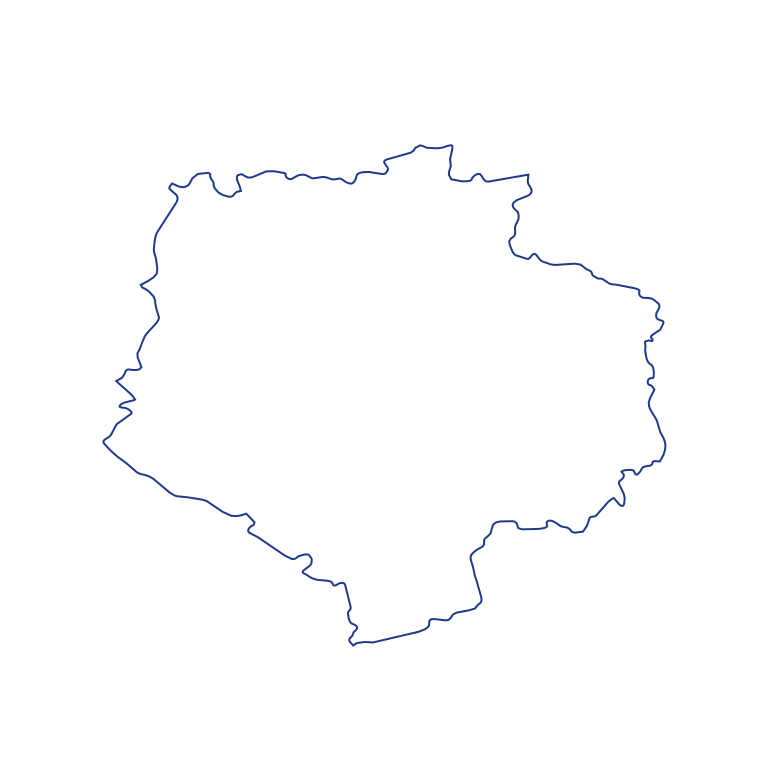 SVG path tracing the border of Tambov, rotated 166°
{"feature_id": "RUS-2375", "entity_name": "Tambov", "entity_type": "Region", "adm_level": 1, "iso_a3": "RUS", "parent_name": "Russia", "parent_adm1": "", "projection": "natural_earth1", "projection_center": [41.398, 52.709], "detail": "fine", "context": "isolated", "style": "outline", "palette": "blue", "viewbox_px": 768, "rotation_deg": 166, "n_neighbors": 0, "source": "natural_earth", "source_scale": "10m", "svg_char_len": 6159}
<svg xmlns="http://www.w3.org/2000/svg" viewBox="0 0 768 768"><g transform="rotate(166 384 384)"><path d="M124.0,325.1L125.5,324.9L126.7,324.1L127.7,322.1L127.8,320.6L127.4,319.5L125.4,318.2L124.4,316.9L123.0,313.1L129.3,305.9L131.5,302.3L132.1,298.7L132.1,297.1L131.7,294.5L128.4,283.9L128.0,281.0L127.7,271.9L127.4,269.7L126.0,264.6L125.5,260.9L125.7,256.9L126.4,254.3L127.4,251.9L129.9,247.7L135.1,242.1L140.3,243.8L142.1,243.4L143.3,241.3L145.1,240.4L150.5,240.8L152.4,240.6L153.8,240.0L156.6,237.1L158.0,236.1L160.3,234.9L161.5,235.2L162.2,236.2L162.4,239.0L163.7,240.3L166.0,241.2L171.2,242.1L173.6,241.9L174.8,241.4L173.4,238.6L173.3,237.5L173.7,236.4L175.3,234.5L179.0,232.7L179.7,232.0L180.1,230.2L177.9,219.2L178.1,215.0L179.9,209.8L180.9,208.4L182.0,208.0L183.1,208.3L183.9,209.1L184.7,210.0L188.6,217.7L190.8,217.3L194.5,215.7L210.3,204.8L211.6,204.6L215.2,204.9L216.7,204.5L221.3,197.4L226.6,192.6L235.5,193.7L237.9,195.7L238.3,197.1L239.2,198.7L240.9,200.3L246.8,203.1L250.0,206.9L253.0,209.8L255.1,211.0L257.1,211.5L258.6,211.2L259.5,210.5L259.9,209.3L260.0,206.7L260.3,206.3L261.5,205.7L262.8,205.5L268.1,205.8L284.5,209.4L286.5,210.3L288.6,211.8L288.9,216.0L289.3,217.3L290.5,218.8L292.2,219.7L304.4,222.5L308.1,222.6L309.7,222.3L311.0,221.7L312.8,220.3L316.9,213.1L320.4,211.0L323.0,209.9L324.2,208.9L324.7,207.8L325.9,204.0L326.9,203.0L328.2,202.2L332.4,201.2L336.0,199.9L339.8,197.8L341.3,196.2L342.1,194.5L342.3,191.6L341.9,186.0L342.2,175.7L341.8,171.5L341.2,153.5L341.6,150.8L342.4,149.2L343.5,148.2L346.3,147.0L350.1,144.1L356.7,143.9L368.9,144.6L373.0,143.6L375.4,141.2L377.9,139.7L379.6,139.5L381.2,139.7L391.5,143.6L394.6,144.3L396.3,144.0L397.3,143.1L398.7,139.0L400.1,137.6L403.5,136.1L410.3,135.2L457.2,135.9L464.9,138.3L471.7,139.1L473.9,139.0L477.1,137.7L479.6,142.4L479.7,143.7L479.1,145.2L475.7,147.4L473.5,150.4L470.2,152.5L469.3,153.4L469.0,154.5L469.4,156.0L471.0,157.7L473.5,159.6L474.2,160.8L474.7,162.4L474.9,165.1L474.5,170.2L474.0,171.3L471.0,173.7L470.5,174.8L470.3,176.1L470.3,198.2L470.6,199.6L471.5,200.7L473.6,201.4L475.3,201.4L479.8,200.3L481.0,200.4L481.9,201.3L482.2,203.0L482.8,204.4L484.2,205.7L486.6,206.8L495.6,209.9L500.3,212.6L502.2,214.2L504.6,216.9L508.2,220.3L508.4,221.3L507.7,222.3L499.7,225.8L497.8,227.6L496.5,231.3L497.0,233.6L497.9,235.7L498.7,236.7L500.3,237.4L502.5,237.8L507.0,237.7L509.2,237.3L512.4,236.0L515.5,236.3L521.8,241.6L543.7,266.1L550.6,272.2L551.2,273.3L551.3,274.6L550.2,276.4L547.5,278.1L544.5,278.8L543.1,281.2L549.0,291.5L555.2,291.1L559.4,291.6L563.9,293.0L571.5,299.0L584.3,313.3L588.4,315.8L601.5,321.4L611.8,325.1L614.4,326.6L618.5,330.9L630.9,348.0L634.8,351.6L638.4,353.8L642.4,355.8L645.1,358.1L653.5,370.0L659.8,377.4L665.3,385.4L670.0,393.9L670.2,395.0L670.1,396.2L668.9,397.4L663.2,399.4L661.1,400.8L654.6,408.2L652.8,409.8L636.2,416.4L635.8,417.3L636.1,418.4L637.7,420.9L640.5,423.2L645.6,425.3L646.0,426.0L645.8,426.6L644.3,427.9L640.8,428.7L630.2,428.8L629.3,429.2L631.1,433.9L643.1,451.6L636.8,453.4L634.2,455.6L631.3,459.2L629.8,459.9L628.7,460.1L624.9,458.6L621.5,457.6L619.3,457.4L617.8,457.5L615.3,459.0L616.6,469.6L615.8,473.4L612.3,477.3L609.2,482.0L604.5,488.2L601.7,490.5L589.7,498.5L587.4,500.9L586.2,502.9L586.7,512.8L586.5,517.2L585.9,520.6L586.3,524.4L589.6,530.5L592.5,533.9L595.2,536.1L596.0,539.0L587.8,541.1L582.1,543.1L578.0,545.8L576.5,549.4L575.9,552.1L574.9,560.9L575.2,568.0L574.7,570.5L573.6,573.9L570.8,580.7L569.2,583.7L567.8,585.7L541.2,610.7L540.0,612.6L539.3,614.3L539.5,617.0L540.0,618.1L544.2,624.1L545.0,626.1L543.7,627.9L541.1,629.8L535.2,625.2L531.4,623.6L529.1,623.4L526.0,624.1L524.0,625.7L520.2,629.9L513.9,632.8L503.3,631.4L501.8,629.5L502.3,628.3L502.5,626.8L502.2,624.9L501.1,622.3L500.7,620.6L501.2,617.5L501.0,615.2L498.6,610.3L496.5,607.9L494.1,606.1L491.0,604.1L488.9,603.1L487.0,602.8L485.5,603.0L481.1,605.8L479.8,606.0L476.1,605.9L476.2,610.7L477.2,617.2L476.8,620.1L475.8,621.8L472.8,622.1L471.5,621.9L470.5,621.3L467.9,618.7L465.9,617.2L463.0,616.5L459.0,616.9L446.9,618.8L439.1,617.0L429.6,612.8L428.5,611.5L429.0,610.5L429.1,609.3L428.5,607.9L427.0,606.2L425.6,605.5L424.0,605.3L418.0,607.0L415.8,607.2L412.4,606.9L409.2,605.5L404.2,601.1L402.4,600.6L393.1,599.7L390.9,598.9L384.9,595.2L382.6,594.5L377.5,594.1L376.0,593.5L371.9,588.9L369.1,587.0L367.7,586.4L366.3,586.4L364.0,587.4L362.3,589.2L359.7,593.4L358.4,594.2L356.5,594.7L352.9,594.6L347.1,593.3L334.6,588.0L332.4,587.8L330.9,588.3L328.4,590.9L328.1,592.1L328.2,593.3L330.0,597.8L330.2,599.0L329.8,600.1L328.8,600.8L327.0,601.2L302.1,602.0L299.1,603.1L296.5,605.5L291.6,606.8L289.3,605.9L285.0,602.7L275.3,599.8L269.5,599.2L265.8,599.6L261.1,599.5L260.3,598.6L260.2,597.5L261.1,595.0L265.6,586.0L266.4,579.4L269.6,574.1L270.4,571.4L269.2,566.4L259.1,561.7L254.6,560.7L251.6,560.4L249.9,560.8L248.3,562.8L245.5,564.5L242.6,565.1L241.2,564.9L240.2,564.5L239.8,563.8L238.8,561.8L238.1,559.3L236.8,556.8L235.3,555.6L233.7,555.1L193.3,552.2L195.6,545.6L195.5,542.6L194.5,539.9L193.9,536.9L194.2,535.2L194.9,533.9L196.9,532.6L198.7,531.9L210.5,530.3L214.3,528.7L215.8,526.9L215.9,524.5L215.6,523.3L212.6,518.4L212.5,515.8L213.1,512.8L213.8,511.2L218.1,506.0L219.0,504.2L220.4,497.9L221.5,496.6L222.7,495.7L225.9,494.3L227.6,492.7L228.2,491.2L228.3,489.7L228.1,486.8L227.3,481.4L226.5,479.0L225.1,477.1L215.1,470.9L213.9,470.5L212.6,470.7L208.6,473.6L207.4,473.9L206.2,473.7L205.3,473.0L202.8,467.4L201.5,465.2L193.1,459.6L189.0,458.1L169.8,454.6L164.5,452.4L160.0,446.7L156.3,443.5L155.7,442.5L155.3,439.0L151.1,434.7L146.9,433.4L141.4,427.3L139.5,425.9L134.4,424.1L117.9,416.4L114.8,414.5L113.5,413.1L114.6,409.9L114.6,409.0L114.3,407.7L113.1,405.9L111.7,405.0L107.4,403.7L104.2,402.5L101.6,400.2L98.1,395.4L97.8,393.7L97.9,392.5L99.2,390.5L102.5,386.9L103.5,384.5L103.6,383.0L103.1,381.3L102.0,380.1L98.5,377.8L97.9,376.8L98.1,375.6L102.8,369.9L111.8,366.7L113.4,365.6L113.7,364.3L112.7,362.4L112.8,361.3L113.6,360.8L116.6,362.2L120.4,362.0L121.0,359.9L121.0,357.8L122.6,353.0L123.1,344.3L122.5,341.7L121.8,340.0L119.8,337.6L118.9,335.0L119.1,332.0L119.8,328.2L120.6,325.8L121.5,324.8L124.0,325.1Z" fill="none" stroke="#1e3a8a" stroke-width="2"/></g></svg>